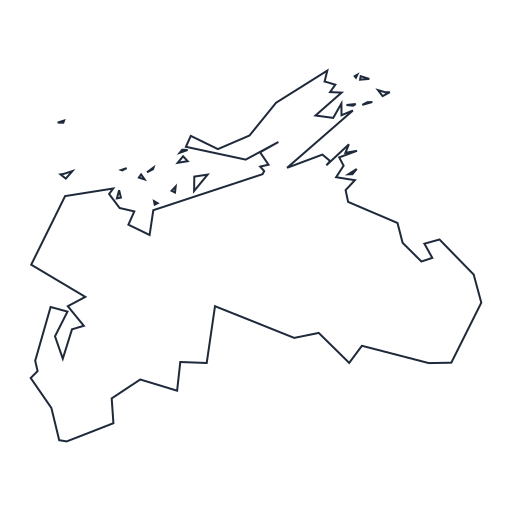 Helgafellssveit, Vesturland, Iceland (orthographic projection)
{"feature_id": "244011B42475995928988", "entity_name": "Helgafellssveit", "entity_type": "district", "adm_level": 2, "iso_a3": "ISL", "parent_name": "Iceland", "parent_adm1": "Vesturland", "projection": "orthographic", "projection_center": [-22.792, 64.982], "detail": "medium", "context": "isolated", "style": "outline", "palette": "slate", "viewbox_px": 512, "rotation_deg": 0, "n_neighbors": 0, "source": "geoboundaries", "source_scale": "gbopen_adm2", "svg_char_len": 1900}
<svg xmlns="http://www.w3.org/2000/svg" viewBox="0 0 512 512"><path d="M31.2,264.7L85.3,296.9L67.8,306.2L83.8,325.8L72.0,329.3L62.8,358.7L55.0,336.3L67.5,311.6L50.6,307.0L35.2,360.8L37.6,371.1L30.7,378.0L51.4,408.0L59.2,440.2L66.7,441.4L113.4,423.2L111.7,398.4L140.2,379.5L177.1,390.7L180.3,362.0L206.7,363.0L215.0,306.2L294.2,337.9L318.7,332.9L349.2,362.9L361.9,345.8L428.8,363.1L451.3,362.7L481.3,302.7L473.7,274.6L439.5,239.5L424.4,243.7L432.3,257.9L421.4,261.5L402.6,242.8L397.5,223.0L348.1,201.9L345.6,190.1L354.9,180.2L336.1,177.2L343.6,165.7L339.2,157.4L357.0,150.8L345.4,152.8L348.9,144.3L326.4,165.3L330.1,161.0L322.4,154.6L287.1,167.8L352.9,110.5L341.5,115.2L341.4,103.5L333.2,117.9L315.5,115.5L341.6,92.6L330.1,92.1L335.3,84.7L324.6,81.5L327.3,70.6L276.1,102.7L249.5,135.5L217.9,149.1L190.8,135.9L185.9,146.8L245.7,159.6L278.4,142.0L260.1,152.3L268.5,164.7L260.2,166.6L264.2,171.1L262.5,174.2L153.3,210.2L149.6,235.0L128.4,224.7L134.3,211.4L119.6,208.0L109.1,194.0L113.2,188.5L65.1,196.1L31.2,264.7ZM207.6,174.6L194.3,176.6L194.1,191.0L207.6,174.6ZM72.4,171.1L63.7,173.9L60.5,174.4L65.8,178.6L72.4,171.1ZM187.7,161.2L183.1,156.3L177.7,162.8L187.7,161.2ZM369.3,78.9L360.7,76.2L360.1,79.7L369.3,78.9ZM378.0,90.1L382.6,96.1L389.8,92.2L385.4,92.3L378.0,90.1ZM120.9,197.6L119.1,190.2L116.9,198.4L120.9,197.6ZM367.3,102.2L362.3,104.9L372.3,102.0L367.3,102.2ZM175.0,192.5L175.7,186.4L171.6,190.8L175.0,192.5ZM352.4,174.2L356.7,169.0L348.3,174.3L352.4,174.2ZM187.6,150.0L182.2,149.7L179.7,152.8L187.6,150.0ZM355.7,104.0L346.5,105.0L353.0,105.7L355.7,104.0ZM154.7,204.6L157.6,203.2L154.0,201.1L154.7,204.6ZM147.0,172.3L153.0,169.2L153.6,167.4L147.0,172.3ZM144.6,179.4L141.1,174.4L138.9,177.6L144.6,179.4ZM355.9,77.7L357.3,74.7L354.7,76.2L355.9,77.7ZM122.3,170.4L126.7,168.1L121.2,170.0L122.3,170.4ZM63.3,122.7L64.1,120.5L57.7,122.6L63.3,122.7Z" fill="none" stroke="#1e293b" stroke-width="2"/></svg>